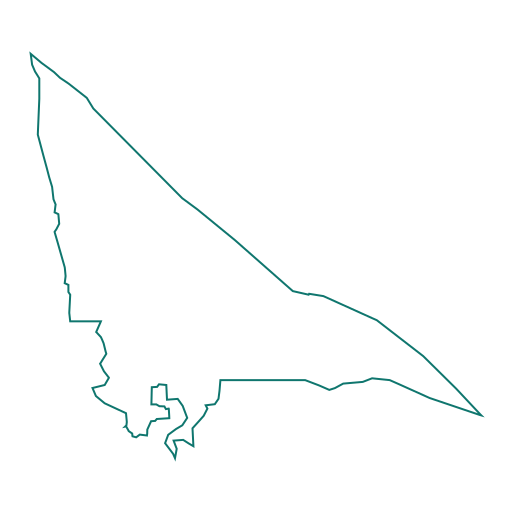 the district of Bayramaly, Mary, Turkmenistan
{"feature_id": "10190150B73073283057167", "entity_name": "Bayramaly", "entity_type": "district", "adm_level": 2, "iso_a3": "TKM", "parent_name": "Turkmenistan", "parent_adm1": "Mary", "projection": "robinson", "projection_center": [62.199, 38.282], "detail": "fine", "context": "isolated", "style": "outline", "palette": "teal", "viewbox_px": 512, "rotation_deg": 0, "n_neighbors": 0, "source": "geoboundaries", "source_scale": "gbopen_adm2", "svg_char_len": 2160}
<svg xmlns="http://www.w3.org/2000/svg" viewBox="0 0 512 512"><path d="M125.6,426.5L125.9,426.5L126.2,426.5L128.5,430.6L128.7,431.1L132.2,433.5L132.4,435.7L132.5,436.3L136.2,437.3L139.8,434.6L146.9,435.5L146.9,435.4L147.2,433.8L147.2,433.7L147.3,429.6L151.1,421.2L152.6,421.1L155.2,420.9L155.4,420.6L156.8,419.0L169.3,418.2L169.2,415.7L168.8,408.8L168.7,408.6L165.9,409.1L164.9,407.3L164.4,406.4L159.4,406.2L156.3,404.4L151.4,404.4L151.8,387.2L157.1,386.9L159.0,384.3L166.3,385.0L167.0,399.7L177.7,398.9L182.7,405.9L187.2,417.9L182.3,425.3L176.9,428.5L176.2,428.9L168.2,434.8L165.1,443.2L173.1,453.8L175.0,458.2L176.7,448.8L173.6,440.6L183.2,439.9L188.8,443.5L193.4,446.2L192.5,428.3L199.0,421.1L203.7,415.8L207.4,408.6L205.7,405.3L214.8,404.2L218.5,398.8L219.5,390.8L220.4,380.1L235.7,380.1L259.0,380.1L283.2,380.1L305.1,380.1L319.0,385.4L329.3,389.9L334.9,388.1L343.2,383.6L362.8,381.9L372.1,378.3L376.9,378.8L389.7,380.1L399.2,384.3L429.6,398.0L479.9,415.0L481.3,415.4L480.3,414.4L456.1,388.6L432.2,365.0L432.0,364.8L423.2,356.1L399.4,337.7L390.6,330.9L376.8,320.2L371.6,317.9L339.1,303.2L323.4,296.1L309.1,293.8L308.6,294.7L292.8,291.1L243.5,247.7L235.0,240.2L197.5,209.5L182.2,198.2L93.3,108.5L86.8,97.9L68.6,83.6L60.0,77.8L54.0,72.1L41.5,62.9L30.7,53.8L30.8,54.5L32.1,64.7L34.0,69.1L35.0,71.5L36.9,74.5L39.3,78.4L39.3,98.9L37.8,134.6L43.5,156.0L46.8,168.1L49.2,177.3L52.1,186.9L52.8,193.1L53.5,199.3L55.4,204.0L55.6,204.4L54.6,212.4L56.8,213.4L58.3,214.1L58.4,214.6L59.2,223.8L56.4,229.2L54.6,231.8L54.7,232.4L54.8,232.7L57.4,241.6L64.7,267.2L64.9,268.7L65.6,276.1L65.5,276.7L65.5,277.0L64.7,283.2L66.7,284.1L68.4,284.9L68.4,292.0L70.2,294.7L70.2,295.1L69.3,312.2L69.3,313.3L69.4,314.0L70.2,321.3L76.7,321.3L100.9,321.3L100.4,322.5L96.2,332.0L100.0,336.1L100.9,337.1L101.6,338.6L102.4,340.4L103.6,343.3L104.2,345.7L105.6,351.4L106.3,353.8L106.2,354.0L102.8,359.4L100.6,363.0L100.1,363.7L103.9,371.2L104.5,372.0L108.9,377.7L108.9,377.8L104.7,385.0L92.5,388.0L95.9,396.0L96.0,396.1L98.9,398.5L104.7,403.3L126.0,413.2L126.6,419.6L126.8,422.0L126.6,423.9L126.4,425.4L125.7,426.0L125.1,426.6L125.6,426.5Z" fill="none" stroke="#0f766e" stroke-width="2"/></svg>